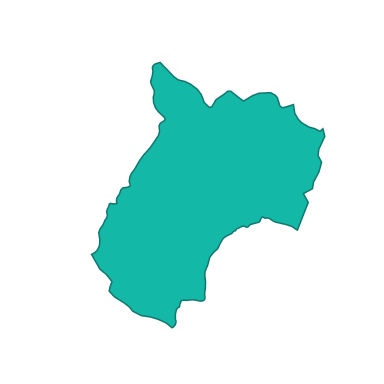 the district of Martuni, Gegharkunik, Armenia, rotated 127°
{"feature_id": "60910142B24861736009361", "entity_name": "Martuni", "entity_type": "district", "adm_level": 2, "iso_a3": "ARM", "parent_name": "Armenia", "parent_adm1": "Gegharkunik", "projection": "robinson", "projection_center": [45.353, 40.06], "detail": "fine", "context": "isolated", "style": "filled", "palette": "teal", "viewbox_px": 384, "rotation_deg": 127, "n_neighbors": 0, "source": "geoboundaries", "source_scale": "gbopen_adm2", "svg_char_len": 5906}
<svg xmlns="http://www.w3.org/2000/svg" viewBox="0 0 384 384"><g transform="rotate(127 192 192)"><path d="M67.5,132.0L69.8,137.9L70.7,146.4L69.8,151.3L67.3,157.3L61.1,163.6L67.5,168.1L70.4,170.7L70.4,173.5L65.3,180.6L64.6,183.5L65.3,188.9L72.8,197.9L78.5,201.6L88.4,205.6L88.4,210.7L88.2,221.7L89.8,224.0L94.5,225.2L103.9,228.4L112.1,227.4L114.0,229.2L113.2,235.9L108.5,243.5L106.8,249.6L106.8,258.1L107.9,263.9L110.8,270.6L110.8,276.0L107.7,295.5L111.8,298.4L114.2,299.1L116.2,298.7L119.3,295.7L124.0,293.2L128.3,291.8L130.6,289.2L133.8,283.0L136.7,281.1L139.5,280.1L143.8,276.4L146.8,271.7L148.2,266.8L149.1,258.4L150.5,257.1L152.0,257.1L156.1,258.7L158.9,258.2L163.2,254.3L167.2,252.8L179.9,252.1L184.6,252.3L191.9,252.9L198.4,252.8L208.4,251.5L213.4,251.6L217.0,250.8L221.3,248.6L223.4,245.7L224.8,245.2L226.9,246.2L230.3,249.7L233.1,250.1L236.9,248.8L241.5,248.5L244.1,247.4L246.5,245.1L248.9,247.7L250.1,250.3L251.3,250.8L253.6,249.8L256.9,249.2L259.3,248.2L261.4,245.7L263.4,244.7L266.9,244.5L271.4,243.4L276.7,243.2L280.5,242.1L285.7,236.8L290.4,233.7L295.2,232.6L298.7,233.1L302.3,234.7L309.1,218.9L309.3,214.7L309.3,211.5L310.3,207.1L311.7,202.0L316.9,200.4L321.0,198.5L322.4,190.9L321.4,179.4L321.5,172.7L322.9,167.6L321.2,158.0L316.8,150.0L314.1,142.6L312.1,133.7L312.4,126.2L311.5,125.9L311.2,125.7L310.7,125.6L310.3,125.5L310.2,125.5L309.9,125.6L309.7,125.7L309.3,125.5L309.1,125.5L308.9,125.5L308.7,125.6L308.4,125.7L308.2,125.6L307.9,125.5L307.5,125.5L307.3,125.7L306.9,126.0L306.6,126.1L305.5,126.5L305.2,126.7L305.0,126.8L304.8,127.0L304.5,127.5L304.3,127.8L304.1,128.1L303.8,128.5L303.4,128.8L302.9,129.2L302.5,129.5L301.5,130.2L301.1,130.6L300.5,131.0L300.0,131.4L299.4,131.7L297.5,132.7L296.8,133.0L296.3,133.3L295.8,133.4L294.8,133.7L294.3,133.7L293.9,133.7L293.6,133.7L293.0,133.6L292.6,133.5L292.2,133.3L292.0,133.2L291.9,133.0L291.7,132.9L291.4,132.9L291.1,132.9L290.8,133.0L290.3,133.4L289.7,133.8L289.0,134.1L288.7,134.3L288.2,134.4L287.8,134.4L287.5,134.4L287.3,134.4L287.2,134.5L286.9,134.7L286.8,134.9L286.7,135.0L286.3,135.1L286.1,135.1L285.8,135.1L285.5,135.0L285.2,134.9L284.9,134.8L284.6,134.6L284.3,134.4L283.9,134.1L283.6,133.8L283.4,133.5L283.2,133.3L283.1,133.1L282.9,132.8L282.8,132.5L282.6,132.1L282.4,131.9L282.3,131.7L282.1,131.5L281.9,131.3L281.5,130.7L281.3,130.5L280.8,130.0L280.5,129.7L280.1,129.3L279.7,128.9L279.4,128.6L278.6,127.6L278.2,127.2L277.4,126.1L277.2,125.7L276.9,125.4L276.5,124.6L276.2,124.1L276.0,123.7L275.7,122.9L275.5,122.4L275.2,121.9L274.9,121.3L274.5,120.5L274.1,119.7L273.6,119.0L273.0,118.5L272.5,118.0L271.9,117.6L271.5,117.4L271.2,117.3L270.9,117.3L270.6,117.3L270.3,117.3L270.1,117.3L269.8,117.4L269.5,117.5L269.1,117.7L268.7,118.0L268.4,118.2L268.1,118.4L267.9,118.6L267.3,119.2L266.5,120.0L265.5,120.7L264.5,121.4L264.0,121.7L261.7,122.9L261.0,123.3L259.4,124.4L258.5,125.1L257.3,125.9L256.9,126.2L256.5,126.4L256.0,126.8L254.9,127.8L254.1,128.5L253.5,129.0L253.0,129.6L252.2,130.3L251.9,130.5L251.7,130.9L251.6,131.2L251.5,131.4L251.3,131.6L251.2,131.6L250.9,131.7L250.6,131.7L250.3,131.9L249.7,132.3L249.4,132.6L249.1,132.8L248.8,133.1L248.5,133.3L248.1,133.5L247.6,133.7L247.2,133.8L246.1,134.1L245.3,134.4L244.5,134.6L242.6,135.0L242.0,135.1L241.5,135.3L239.6,136.0L238.6,136.4L238.2,136.5L237.9,136.8L237.7,136.9L237.5,137.0L237.3,137.0L237.1,137.0L236.9,137.1L236.7,137.2L236.3,137.3L235.3,137.8L234.4,138.2L234.0,138.4L233.4,138.4L232.6,138.5L232.0,138.5L231.0,138.5L230.1,138.5L229.6,138.5L229.2,138.5L227.7,138.4L227.3,138.4L226.8,138.3L226.5,138.3L226.1,138.2L225.2,138.0L223.9,137.7L223.6,137.6L223.1,137.5L222.5,137.5L221.6,137.5L221.0,137.5L220.6,137.5L220.2,137.6L219.3,137.8L218.8,137.9L218.3,138.1L217.7,138.2L216.6,138.4L215.6,138.6L214.1,138.8L213.3,138.9L212.2,139.0L211.7,139.1L211.2,139.1L210.7,139.1L210.3,139.0L209.8,138.9L209.3,138.8L208.9,138.8L208.3,138.6L207.8,138.4L207.4,138.3L207.0,138.1L206.5,137.9L205.7,137.6L205.3,137.4L204.5,137.0L204.0,136.7L203.2,136.3L202.0,135.6L201.5,135.4L201.0,135.3L200.6,135.3L199.8,135.2L199.1,135.2L198.4,135.1L198.0,135.0L197.8,134.9L197.6,134.7L197.4,134.5L197.1,134.1L196.9,134.0L196.8,133.9L196.6,133.9L196.4,134.0L196.2,134.0L195.8,134.2L195.3,134.2L194.9,134.2L194.6,134.1L194.0,133.9L193.4,133.5L193.0,133.3L192.6,133.0L191.4,132.4L190.6,132.0L190.3,131.8L189.6,131.4L189.2,131.2L188.8,130.9L188.5,130.6L188.0,130.0L187.8,129.7L187.7,129.5L187.6,129.3L187.6,128.8L187.6,128.1L187.5,127.8L187.4,127.5L187.3,127.2L187.0,127.0L186.8,126.8L186.6,126.6L186.0,126.3L185.8,126.2L185.5,126.1L185.2,126.1L184.1,126.0L183.8,126.0L183.5,126.0L183.2,125.9L182.9,125.8L182.6,125.6L182.3,125.4L181.9,125.1L181.4,124.8L181.1,124.5L179.9,123.5L179.4,123.2L178.3,122.3L177.9,121.9L177.4,121.6L176.9,121.2L176.6,120.9L176.2,120.6L175.9,120.4L175.6,120.3L175.4,120.2L175.0,120.2L174.6,120.2L174.2,120.2L173.5,120.4L172.9,120.6L172.6,120.7L171.9,120.9L171.1,121.0L170.9,121.0L170.7,121.0L170.5,120.9L170.4,120.8L170.2,120.8L169.8,120.8L169.6,120.7L169.4,120.3L169.3,120.2L169.3,119.8L169.2,119.5L169.2,119.1L169.2,118.8L169.1,118.6L169.0,118.2L169.0,117.9L168.8,117.8L168.7,117.6L168.3,117.3L168.0,116.9L167.8,116.7L167.2,115.9L167.0,115.5L166.9,115.2L166.8,114.9L166.7,114.6L166.6,114.4L166.5,113.7L166.5,113.4L166.5,113.0L166.4,112.0L166.4,110.7L166.2,109.3L166.2,108.9L166.1,108.6L165.9,107.8L165.7,107.2L165.5,106.5L165.2,105.9L165.1,105.6L164.8,105.0L164.6,104.5L164.3,104.0L164.1,103.5L163.7,102.4L163.4,101.8L163.2,101.3L163.0,100.8L162.7,100.3L162.5,99.8L162.2,99.3L161.8,98.4L161.5,97.5L161.3,96.9L161.1,96.3L160.8,95.7L160.4,94.4L159.8,92.8L159.6,92.2L159.6,91.8L159.4,91.2L159.4,90.5L159.3,90.2L159.3,89.9L159.3,89.1L159.3,87.9L159.1,85.5L159.0,84.9L146.2,88.5L130.3,92.9L126.3,102.1L126.2,102.1L116.9,97.8L110.9,100.9L99.6,102.7L90.3,106.4L87.0,113.3L81.6,116.4L67.7,119.4L62.7,125.5L66.5,126.3L67.5,132.0Z" fill="#14b8a6" stroke="#0f766e" stroke-width="1.5"/></g></svg>